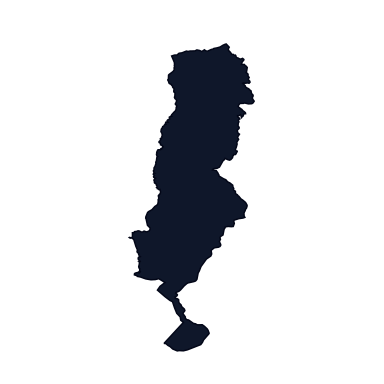 Metinaro, Dili, East Timor, rotated 301°
{"feature_id": "22284137B6793847155334", "entity_name": "Metinaro", "entity_type": "district", "adm_level": 2, "iso_a3": "TLS", "parent_name": "East Timor", "parent_adm1": "Dili", "projection": "natural_earth1", "projection_center": [125.764, -8.537], "detail": "fine", "context": "isolated", "style": "filled", "palette": "ink", "viewbox_px": 384, "rotation_deg": 301, "n_neighbors": 0, "source": "geoboundaries", "source_scale": "gbopen_adm2", "svg_char_len": 6095}
<svg xmlns="http://www.w3.org/2000/svg" viewBox="0 0 384 384"><g transform="rotate(301 192 192)"><path d="M48.6,247.7L48.1,250.4L48.2,252.9L47.5,256.3L48.2,261.2L49.4,262.6L51.5,266.5L54.4,269.4L65.7,278.1L68.4,278.4L71.2,278.1L79.0,279.5L79.8,279.4L81.8,276.9L82.5,275.5L83.3,271.8L83.5,269.2L80.9,265.0L80.8,262.8L80.1,260.9L80.5,255.8L80.5,254.9L79.9,253.4L80.3,251.4L81.5,250.6L83.1,246.9L83.6,246.7L86.6,247.0L87.7,245.8L88.4,242.3L89.7,240.6L90.1,238.5L90.8,237.4L92.8,236.0L93.0,234.8L92.4,232.3L93.2,231.6L95.3,232.6L96.3,232.5L96.7,231.7L96.8,230.2L97.5,229.9L100.1,231.9L102.1,232.6L107.4,233.6L110.8,234.7L112.0,235.4L116.1,239.7L117.3,240.7L118.0,241.0L119.7,241.2L125.7,239.0L128.2,238.9L132.8,238.1L142.0,238.9L146.8,241.1L149.0,240.8L151.6,238.6L152.6,238.7L155.7,239.9L158.3,243.1L159.6,244.0L160.4,244.1L161.3,244.0L161.9,243.5L163.6,241.0L166.2,240.7L167.1,239.4L168.8,239.5L171.1,240.7L176.6,238.7L178.2,238.8L179.2,238.5L181.1,240.7L182.6,243.7L183.7,245.1L186.8,244.5L188.5,242.8L189.6,242.6L193.3,245.9L196.0,249.2L197.5,250.4L198.2,249.1L200.5,247.5L202.0,247.2L203.2,247.2L204.6,246.8L206.2,247.0L208.5,246.4L209.2,245.8L210.6,243.3L211.2,239.7L211.3,237.5L212.5,234.2L212.5,233.2L213.0,232.4L213.0,230.9L213.2,230.0L215.0,228.8L215.0,226.9L215.4,226.3L216.5,226.0L217.5,224.4L218.8,223.4L219.3,219.9L219.1,217.9L219.2,216.8L219.8,215.3L219.9,214.4L219.6,212.1L219.6,206.9L220.4,206.4L221.0,205.1L221.5,204.7L222.8,201.8L221.5,198.1L223.0,198.3L224.1,199.5L225.1,201.2L227.5,202.7L234.6,202.5L236.4,203.1L237.8,203.0L238.2,206.3L238.7,207.9L239.8,208.6L242.3,209.1L243.9,208.3L244.4,208.7L245.7,208.4L246.2,209.7L247.3,210.1L249.1,209.8L249.8,210.0L250.3,209.6L250.0,208.7L250.3,207.8L251.1,207.2L253.2,206.9L256.3,206.0L257.6,204.8L261.2,204.8L261.9,203.3L262.8,202.8L266.0,202.9L266.2,201.1L267.5,199.6L268.6,199.0L270.2,199.5L271.2,199.5L271.8,198.9L272.4,197.4L274.9,196.2L276.3,196.1L277.4,194.7L278.5,194.8L279.2,195.4L279.6,195.1L280.0,192.4L280.9,191.7L281.6,192.9L283.2,193.6L283.0,194.4L281.7,195.5L281.3,196.2L282.5,196.2L283.4,196.7L285.6,196.2L286.7,197.6L287.4,197.0L287.7,195.9L287.9,193.7L288.5,192.1L288.2,191.3L288.6,191.0L288.7,188.6L289.1,187.5L290.7,187.2L292.6,187.5L294.5,190.5L295.4,191.2L296.6,195.0L298.5,197.8L300.0,198.5L301.9,198.5L303.0,195.9L305.2,194.6L305.8,195.0L306.7,194.1L306.9,192.8L307.6,191.8L309.1,190.5L309.3,188.5L309.7,187.6L309.5,185.3L309.7,183.7L310.5,182.8L311.3,179.5L312.1,180.2L312.5,181.4L314.2,183.6L314.6,184.9L316.0,185.2L316.8,184.4L317.0,182.9L318.3,182.0L319.6,182.0L320.4,180.2L321.8,179.4L322.2,178.5L322.3,176.8L323.5,176.7L327.2,175.2L327.8,173.5L327.7,172.5L328.3,171.3L326.8,168.7L329.5,168.0L331.1,168.4L332.1,168.4L332.4,168.0L332.6,166.5L331.1,165.4L330.6,164.2L330.6,162.6L330.2,161.2L330.9,159.6L331.3,159.5L331.7,158.7L331.0,158.0L331.2,156.4L330.4,155.2L331.5,153.1L332.3,150.1L333.8,149.4L335.3,149.3L336.5,145.1L335.7,144.3L333.7,142.9L330.9,141.5L328.5,139.3L326.3,136.8L325.2,136.3L324.1,135.1L320.6,132.7L320.1,131.1L320.3,129.4L317.5,128.1L317.2,125.6L316.3,123.0L314.4,121.8L311.8,117.7L310.5,116.3L309.9,114.6L306.1,111.7L304.4,109.6L303.7,109.1L302.2,108.9L301.6,108.4L300.3,106.4L298.1,104.5L294.1,110.0L292.5,111.2L291.1,111.8L290.2,112.7L289.0,112.7L288.6,113.5L287.1,113.8L285.6,113.7L280.9,111.8L280.1,111.7L276.5,113.7L276.0,113.4L275.2,113.9L274.9,114.7L273.5,116.2L273.3,116.8L273.5,118.9L273.2,119.1L272.7,120.8L272.1,121.2L271.6,122.0L271.7,122.9L270.9,123.6L268.9,124.5L268.3,125.2L268.3,126.0L268.0,126.5L265.2,128.0L264.2,128.1L264.0,128.7L263.3,129.2L263.1,130.9L262.6,131.8L261.9,131.7L261.1,132.3L259.4,132.2L258.8,132.4L258.4,133.0L258.4,134.2L257.7,134.8L257.0,134.8L256.8,135.1L256.0,135.0L254.7,135.9L253.5,135.8L252.6,136.0L251.5,135.5L247.8,134.8L246.6,134.9L246.4,135.6L245.6,134.6L244.4,134.0L243.2,135.3L241.4,134.1L240.5,133.9L239.8,134.2L239.4,135.6L238.3,133.6L237.0,133.9L236.6,134.7L236.2,134.1L235.1,133.8L234.1,133.9L233.0,133.2L231.3,133.5L230.1,133.3L227.7,134.3L226.5,136.6L226.2,136.8L226.1,136.6L225.3,137.3L223.9,137.6L223.6,138.0L222.9,138.1L222.2,137.7L221.7,138.0L221.3,137.5L220.5,138.2L219.5,138.2L218.3,137.8L217.7,138.0L217.4,138.7L217.7,139.2L217.5,139.8L216.2,140.8L216.6,142.7L216.0,143.1L215.9,143.9L213.3,143.9L213.6,143.3L213.1,143.0L211.8,143.0L210.9,141.4L210.4,141.0L207.8,141.3L207.2,142.0L206.2,142.0L205.5,142.6L204.8,143.5L204.7,144.3L204.1,144.0L203.2,144.2L200.4,145.4L198.9,145.6L197.3,146.7L196.2,146.7L195.0,147.1L193.2,147.0L191.2,148.1L190.2,148.0L189.2,149.3L189.0,150.2L188.6,149.5L187.3,149.6L187.0,150.1L186.8,151.3L185.4,151.1L184.9,151.6L185.1,153.6L183.1,153.1L182.1,153.6L181.9,154.3L180.6,155.0L180.4,155.5L180.7,156.1L180.1,157.7L179.7,157.7L179.2,158.7L178.2,159.7L177.6,159.4L177.5,160.1L177.0,160.6L177.3,161.6L177.0,162.4L177.2,163.4L177.5,163.5L176.4,164.6L174.9,165.5L173.9,165.6L173.5,165.3L172.6,165.5L172.3,165.1L171.3,165.1L170.4,166.1L168.7,167.1L168.1,166.9L165.5,168.5L165.2,168.4L164.1,168.9L162.4,168.6L160.5,167.6L156.2,166.8L152.9,164.9L151.6,164.5L147.0,165.2L145.7,165.8L145.3,166.5L140.5,171.0L139.7,174.2L139.0,175.1L137.5,175.4L136.6,175.3L134.6,173.9L134.1,172.7L134.0,171.5L133.5,170.8L132.6,170.5L131.7,169.6L131.4,166.8L130.9,165.7L129.7,164.8L128.5,163.2L128.0,163.1L127.5,163.5L126.4,161.9L123.3,163.8L121.5,164.0L121.4,166.3L121.0,166.9L116.5,171.9L114.0,175.4L113.1,175.3L112.4,175.8L112.0,176.5L112.0,177.9L111.0,178.4L110.1,179.8L109.9,180.9L108.5,179.8L107.6,179.9L106.4,180.9L105.9,183.1L105.1,182.5L105.2,183.2L104.1,183.3L103.5,183.8L100.5,184.8L99.5,185.8L99.4,186.7L97.8,187.5L97.4,188.2L96.9,187.9L96.9,188.8L95.2,188.4L95.2,188.2L95.7,188.0L95.7,187.7L95.1,186.9L93.4,185.3L93.0,185.3L92.8,184.9L92.3,184.8L91.3,185.3L92.0,188.3L91.5,188.6L92.6,191.6L93.7,197.1L95.6,202.0L98.0,205.6L100.6,208.2L100.5,215.5L94.7,213.2L90.1,212.9L88.4,222.6L87.7,228.8L87.9,231.8L83.9,236.5L80.2,241.4L78.8,246.3L76.3,248.4L75.8,251.8L48.4,246.1L48.0,246.4L48.6,247.7ZM121.4,163.6L121.0,161.9L120.7,161.7L120.6,162.8L121.4,163.6Z" fill="#0f172a" stroke="#020617" stroke-width="1.5"/></g></svg>